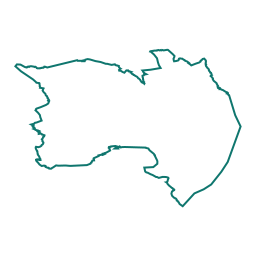 the district of Kongsvinger nor, Hedmark, Norway
{"feature_id": "86288312B35132489533254", "entity_name": "Kongsvinger nor", "entity_type": "district", "adm_level": 2, "iso_a3": "NOR", "parent_name": "Norway", "parent_adm1": "Hedmark", "projection": "equal_earth", "projection_center": [12.12, 60.19], "detail": "fine", "context": "isolated", "style": "outline", "palette": "teal", "viewbox_px": 256, "rotation_deg": 0, "n_neighbors": 0, "source": "geoboundaries", "source_scale": "gbopen_adm2", "svg_char_len": 5603}
<svg xmlns="http://www.w3.org/2000/svg" viewBox="0 0 256 256"><path d="M182.7,206.2L194.4,193.4L203.7,189.3L211.2,184.5L221.3,171.8L227.7,162.0L240.6,126.5L235.2,115.2L229.1,95.2L228.6,95.1L228.1,94.5L228.0,93.8L226.8,93.5L227.1,93.0L227.6,92.7L227.3,92.4L225.8,91.9L222.8,90.0L221.4,89.6L220.8,89.1L220.2,89.1L220.4,88.8L220.2,88.3L219.5,88.4L219.4,88.1L218.5,88.3L217.9,87.9L217.8,87.5L218.2,87.1L217.7,86.8L217.5,86.2L217.9,85.7L217.3,85.0L217.1,84.3L216.8,84.1L216.5,83.1L213.7,80.8L212.8,79.3L213.0,78.7L212.9,78.3L212.2,77.7L211.8,77.0L210.6,76.0L210.8,75.7L211.8,75.1L211.5,74.8L211.5,74.0L211.0,72.8L210.2,72.6L209.9,71.6L209.2,71.0L208.8,70.1L208.9,69.7L208.5,68.9L207.1,67.6L206.6,66.6L206.2,66.4L205.8,65.2L205.9,64.8L206.1,64.5L205.6,64.0L205.8,63.4L205.6,63.0L205.9,62.3L205.8,61.7L206.0,61.1L205.7,60.3L204.2,58.6L202.6,59.0L201.8,60.0L200.9,60.5L200.5,60.9L200.6,61.5L199.2,62.5L195.6,63.7L191.3,65.4L191.1,65.3L191.0,65.0L188.5,63.2L189.0,62.9L188.9,62.8L187.1,61.5L185.2,60.8L184.5,60.3L184.5,60.0L183.5,59.6L182.3,58.7L181.3,58.7L180.3,58.4L179.3,58.5L178.9,58.8L178.8,59.7L178.3,60.4L176.2,61.0L174.1,61.3L173.8,60.5L173.5,58.8L174.3,57.0L174.5,56.0L172.8,54.2L168.0,49.9L167.2,49.8L163.6,50.4L162.5,50.0L161.6,50.4L160.5,50.3L160.5,50.1L159.4,50.4L158.5,50.0L156.6,50.4L156.6,50.6L154.0,50.6L153.5,50.9L152.6,50.9L150.3,51.3L150.2,51.5L150.7,51.6L154.0,54.5L157.0,58.3L158.0,62.5L158.9,65.2L160.6,68.0L150.7,69.7L142.5,70.5L143.1,71.2L143.0,71.4L143.2,71.9L144.0,72.7L144.0,73.0L146.2,74.2L144.0,74.7L143.8,75.3L142.5,75.7L142.6,77.2L143.0,78.0L143.0,79.0L143.2,79.4L143.1,79.7L143.4,80.9L143.3,81.2L143.5,81.4L143.5,81.9L144.0,82.1L143.9,82.4L144.5,83.5L144.3,83.8L143.7,83.0L142.4,82.7L141.4,81.9L141.4,81.7L140.4,80.5L140.2,79.8L138.8,78.5L138.2,78.3L137.8,77.6L137.1,76.8L135.0,75.7L134.4,75.1L133.6,75.0L133.0,74.2L132.5,74.2L131.9,73.8L131.2,72.7L130.5,72.5L130.5,72.3L131.2,71.9L129.2,71.2L128.7,71.4L128.3,71.1L128.1,70.4L126.4,70.4L124.4,72.7L122.6,72.0L120.8,70.8L119.3,70.5L119.3,70.3L119.2,70.4L119.0,70.0L120.1,68.7L120.4,68.6L119.8,68.2L119.6,67.8L119.0,67.2L118.9,66.7L118.6,66.3L118.7,65.9L117.3,65.6L117.1,65.4L116.3,65.4L115.5,65.1L115.4,64.7L114.9,64.3L111.6,64.9L107.2,63.8L105.8,63.8L100.6,62.0L95.5,61.1L90.1,59.5L88.4,59.2L87.5,59.1L85.3,59.7L84.7,61.2L83.3,61.2L83.5,61.0L83.4,60.4L81.7,60.8L77.7,60.8L77.2,60.2L47.2,67.5L45.4,66.8L44.7,66.7L44.7,67.0L43.7,67.2L43.7,67.5L43.2,67.8L41.7,67.8L41.5,68.0L40.8,68.0L39.9,68.4L39.5,68.2L37.9,68.4L36.8,68.1L36.6,67.7L35.5,66.8L35.0,66.7L34.5,67.0L33.6,66.6L31.1,66.2L30.1,66.3L29.3,66.8L29.0,66.5L28.0,66.6L27.8,67.0L26.9,67.1L26.7,67.5L26.1,67.4L25.9,67.2L25.0,67.1L20.5,64.6L16.9,64.4L15.4,66.3L21.0,71.3L33.0,79.4L35.9,82.0L36.4,82.7L39.3,83.1L39.5,83.4L39.5,84.7L39.8,85.3L39.7,86.4L40.3,87.3L40.1,87.8L43.2,88.3L43.1,88.5L43.4,88.7L42.9,89.3L42.9,90.5L42.7,90.7L43.7,92.2L45.4,93.8L45.7,95.1L46.4,95.9L47.0,96.2L47.0,96.7L47.7,97.6L47.5,98.1L48.4,99.1L48.9,99.9L48.5,100.0L48.0,100.6L48.4,101.0L48.6,101.3L49.0,101.5L48.2,103.5L46.1,104.9L40.6,107.2L36.5,108.6L36.0,109.1L36.1,109.5L35.5,110.3L38.2,112.9L39.9,115.1L40.3,117.2L41.6,120.6L36.6,122.5L34.9,122.8L34.1,123.7L31.2,124.5L32.5,125.2L32.5,125.6L33.6,125.3L33.7,125.9L33.5,126.3L33.1,126.4L33.3,126.7L33.2,126.9L33.5,127.0L33.6,127.6L34.5,127.8L34.6,128.1L34.5,128.3L34.8,128.7L34.0,129.0L34.8,129.3L35.4,129.9L38.1,130.5L38.6,130.9L39.1,131.0L38.8,131.4L39.1,131.6L38.3,131.8L38.6,132.0L39.5,132.6L39.3,132.9L39.6,133.2L39.3,133.3L39.6,133.5L39.4,133.8L40.8,133.6L41.9,134.2L42.0,134.5L42.6,134.5L43.2,135.0L44.1,135.1L44.5,135.3L44.1,136.5L43.1,137.0L42.7,138.4L41.8,139.3L42.5,140.3L42.4,141.3L43.3,142.3L43.2,142.5L43.4,143.0L42.8,144.3L41.6,145.1L41.4,145.8L40.2,146.6L38.4,147.2L36.0,146.8L35.7,147.3L35.8,148.6L36.7,150.4L37.1,150.8L37.0,151.1L37.4,151.6L37.5,153.1L37.8,153.9L37.7,154.1L37.8,154.6L39.2,156.5L39.6,157.8L40.4,159.0L40.5,160.0L39.1,160.0L38.0,159.3L37.3,159.8L36.8,159.4L36.4,159.5L36.0,159.7L36.0,160.0L36.5,161.1L38.1,162.7L39.5,164.5L41.7,166.0L43.8,165.6L44.9,165.7L45.7,166.1L45.8,166.4L45.5,166.8L45.7,167.0L47.7,167.8L48.4,167.7L48.8,167.9L49.0,168.5L50.1,168.7L51.4,168.6L51.7,168.2L53.1,167.4L56.1,165.4L58.3,165.7L65.5,165.5L70.3,165.9L86.9,165.1L90.5,163.7L90.8,162.9L91.6,162.5L91.7,161.7L92.0,161.5L92.3,160.7L92.8,160.5L94.1,160.4L94.0,159.6L93.7,159.3L93.6,158.7L93.8,158.6L93.8,158.2L99.4,155.7L98.6,155.7L98.5,155.4L101.4,154.7L102.5,155.0L103.4,154.6L102.9,153.7L103.9,153.5L104.5,154.0L105.2,153.8L105.0,153.0L106.1,152.7L110.1,150.5L109.8,149.6L109.3,148.8L109.5,148.3L108.7,147.8L108.9,147.0L109.2,146.9L110.6,146.8L111.2,146.6L111.2,146.4L115.4,146.0L116.8,146.4L116.1,146.7L116.1,147.2L115.8,147.3L115.8,147.7L114.8,148.5L118.0,148.5L117.5,147.5L118.8,147.2L119.1,146.9L119.7,147.2L119.9,146.6L121.0,147.4L122.1,147.1L124.8,147.0L145.7,147.6L145.9,147.9L148.4,148.5L149.3,150.0L149.9,150.6L153.9,153.9L154.4,155.1L154.8,155.1L155.0,155.4L154.9,155.9L157.2,160.6L157.4,161.6L157.3,163.8L153.3,167.1L144.3,167.6L145.2,171.5L146.3,172.4L147.7,172.7L150.5,174.2L152.6,175.0L156.1,177.0L157.0,177.0L158.8,177.9L162.6,176.9L165.9,177.0L167.9,177.5L168.4,177.9L168.5,178.3L167.8,179.9L167.6,181.1L167.0,181.8L166.9,182.2L166.3,182.3L167.2,182.9L167.6,184.0L169.4,185.9L170.4,186.6L171.8,187.9L172.5,188.1L173.3,189.2L173.8,189.2L174.3,189.8L174.2,190.1L173.9,190.3L173.0,190.5L172.8,191.0L172.0,191.5L171.4,193.7L172.1,195.8L174.0,197.7L174.9,198.0L175.3,198.5L176.1,198.7L176.8,199.8L176.7,200.5L178.3,201.5L178.3,202.0L179.0,202.8L179.6,204.0L182.7,206.2Z" fill="none" stroke="#0f766e" stroke-width="2"/></svg>